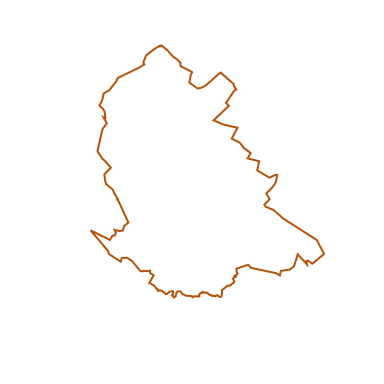 outline of Nácori Chico, Sonora, Mexico, rotated 318°
{"feature_id": "50627088B84390839219422", "entity_name": "Nácori Chico", "entity_type": "district", "adm_level": 2, "iso_a3": "MEX", "parent_name": "Mexico", "parent_adm1": "Sonora", "projection": "natural_earth1", "projection_center": [-109.021, 29.616], "detail": "fine", "context": "isolated", "style": "outline", "palette": "amber", "viewbox_px": 384, "rotation_deg": 318, "n_neighbors": 0, "source": "geoboundaries", "source_scale": "gbopen_adm2", "svg_char_len": 5054}
<svg xmlns="http://www.w3.org/2000/svg" viewBox="0 0 384 384"><g transform="rotate(318 192 192)"><path d="M265.5,61.7L260.8,60.7L253.4,60.0L249.2,59.8L242.3,63.3L242.0,65.3L236.0,64.2L213.2,57.6L209.9,59.0L198.8,61.0L192.3,59.7L187.0,63.5L181.1,65.8L180.9,67.1L181.5,70.0L180.9,73.8L177.1,79.1L176.6,78.7L176.2,77.5L174.6,84.1L168.0,85.2L163.0,88.5L149.0,98.5L147.7,106.8L147.6,107.6L147.7,108.1L148.1,110.3L148.0,119.6L147.7,119.7L138.7,120.2L134.4,126.5L133.5,128.9L134.7,137.3L133.7,140.2L133.2,141.9L133.3,141.9L132.0,147.5L131.5,147.3L131.4,147.5L132.0,147.7L131.3,149.6L124.3,172.1L118.9,171.8L115.0,174.4L111.9,172.5L109.2,168.4L108.1,171.4L105.6,172.7L103.7,171.2L98.9,172.7L91.0,152.7L90.2,179.3L88.8,182.7L92.4,196.1L95.7,193.9L99.7,197.5L101.3,203.2L100.7,216.5L108.1,222.4L106.6,224.3L107.7,228.1L99.3,231.2L99.4,231.3L99.6,231.4L99.9,231.5L100.0,231.5L100.1,232.5L100.1,233.0L100.2,233.4L100.3,233.6L100.4,233.8L100.5,234.0L100.6,234.4L100.6,234.6L100.7,234.8L100.8,235.1L100.9,235.3L101.1,235.9L101.2,236.5L101.2,236.8L101.3,237.0L101.2,237.5L101.1,238.6L101.0,239.1L101.0,239.3L101.0,239.6L101.0,239.9L101.1,240.2L101.2,240.5L101.5,241.1L101.5,241.3L101.4,241.4L101.4,241.5L100.9,241.6L100.6,241.8L100.6,242.4L100.7,242.7L100.9,243.1L101.3,243.3L101.5,243.4L102.0,243.5L102.5,243.8L102.6,244.2L102.8,244.4L103.0,244.6L103.4,245.1L103.5,245.2L103.6,245.3L103.7,245.8L103.5,246.1L103.5,246.3L103.6,246.8L103.8,247.6L104.0,247.9L104.2,248.0L104.3,248.2L104.4,248.5L104.3,248.8L104.2,249.3L104.1,249.7L104.1,250.0L104.2,250.4L104.6,250.7L105.2,251.1L106.0,251.1L106.7,251.0L107.7,251.0L108.2,251.0L108.4,251.0L108.5,251.0L109.3,251.5L109.6,251.7L109.8,251.9L109.9,252.0L110.2,252.1L110.6,252.1L110.9,252.2L111.3,252.6L111.4,252.8L111.3,253.0L111.2,253.4L111.1,253.7L111.0,254.1L110.9,254.2L110.8,254.3L110.6,254.4L109.8,254.7L109.2,255.0L108.5,255.2L108.3,255.2L107.9,255.4L107.9,255.5L108.0,255.6L108.4,255.8L108.4,256.3L108.3,256.7L108.1,257.0L108.1,257.3L108.1,257.6L108.2,257.8L108.1,258.0L108.0,258.3L108.3,258.4L108.6,258.4L108.8,258.4L109.3,258.3L109.5,258.5L110.2,258.5L110.3,258.5L110.6,258.2L110.8,257.9L111.1,257.5L111.5,257.5L112.0,257.4L112.3,257.2L112.6,256.9L113.0,256.5L113.9,256.3L114.3,256.2L114.7,256.4L114.9,256.5L115.2,256.5L115.3,256.5L115.6,256.8L115.9,257.1L116.2,257.4L116.4,257.6L116.6,257.8L116.8,257.9L116.9,258.1L116.9,258.3L116.9,258.5L116.8,258.9L116.8,259.7L116.8,260.4L116.8,261.4L116.8,261.7L116.8,261.8L116.9,262.3L117.3,262.9L117.5,263.4L117.6,263.6L117.6,263.8L117.6,264.0L117.6,264.3L118.0,264.9L118.4,265.3L121.3,268.3L121.5,268.4L121.7,268.5L121.8,268.7L122.0,269.0L122.1,269.4L122.2,269.6L122.2,269.8L122.0,270.1L121.9,270.2L121.9,270.3L121.9,270.5L122.0,270.5L122.5,270.8L123.0,270.8L123.5,270.8L123.9,271.0L124.3,271.2L124.3,271.3L124.4,271.7L124.5,271.8L125.5,272.4L125.7,272.5L125.9,272.7L126.0,272.8L126.1,273.0L126.1,273.3L126.5,274.0L126.8,274.2L127.4,274.2L127.6,274.2L127.8,274.2L127.8,273.9L128.1,273.6L128.3,273.5L129.1,272.8L129.3,272.7L129.6,272.7L130.6,273.1L131.1,272.9L131.3,273.0L131.5,273.3L131.5,273.6L131.7,273.8L131.8,273.8L132.1,273.8L132.8,273.5L133.2,273.4L133.3,273.4L133.5,273.8L133.6,274.0L133.8,274.4L133.8,274.6L133.9,275.1L134.0,275.2L134.2,275.4L134.5,275.6L134.5,275.9L134.6,276.0L135.5,276.6L135.6,276.8L135.8,277.0L136.0,277.3L136.0,277.7L135.9,278.0L136.0,278.8L136.1,279.5L136.5,280.6L137.2,281.8L137.5,282.0L137.5,282.3L137.4,282.7L137.4,282.8L137.4,283.0L137.6,283.1L138.1,283.3L138.3,283.3L138.5,283.4L138.6,283.6L138.8,283.8L139.0,284.0L139.2,284.4L139.4,284.7L139.5,285.0L140.4,285.1L140.7,285.2L140.9,285.2L141.1,285.3L141.2,285.5L141.3,285.6L141.8,285.7L142.0,286.0L142.1,286.4L142.1,286.7L142.1,287.0L142.0,287.5L142.1,287.8L142.2,288.1L142.5,288.6L143.1,288.9L143.3,289.2L143.4,289.3L143.5,289.3L143.9,289.2L144.0,289.2L145.2,288.4L146.4,287.4L147.6,286.2L148.7,284.9L153.7,285.4L155.2,285.1L158.0,287.1L163.5,287.1L164.4,283.7L167.7,284.2L167.2,282.9L171.1,283.2L171.8,281.3L173.6,278.7L185.0,283.7L185.1,287.9L200.0,308.4L201.5,312.8L205.3,310.1L213.1,315.2L218.3,315.4L228.9,309.0L229.0,322.8L230.9,319.8L232.3,320.7L233.4,325.8L248.7,326.4L252.6,311.0L241.8,272.0L241.9,271.3L240.6,260.0L236.9,252.2L237.3,249.8L244.8,249.3L246.3,242.8L253.4,242.4L253.8,242.4L254.3,242.3L255.3,242.1L256.5,241.9L257.7,241.6L259.2,241.3L260.7,240.9L261.3,240.4L263.2,239.1L266.7,236.2L266.3,235.7L265.0,235.0L263.0,234.3L262.0,233.9L261.2,233.8L260.3,233.7L259.5,233.3L259.2,233.1L259.0,232.8L254.9,219.5L262.5,214.1L255.8,204.2L261.6,202.3L260.0,194.0L260.5,187.4L257.2,179.0L258.2,178.6L268.8,174.7L260.3,162.6L256.8,154.8L255.9,153.2L277.0,152.6L276.9,148.5L291.2,145.0L293.4,145.5L294.2,141.1L295.2,139.6L293.2,122.4L290.8,122.2L274.1,122.0L272.2,121.7L268.7,120.7L267.0,119.8L265.7,118.9L265.2,118.4L265.0,117.0L264.4,113.9L263.2,109.4L263.3,108.9L263.6,108.5L269.8,103.9L271.9,103.4L272.3,102.7L267.7,90.7L269.9,88.3L269.8,84.2L268.5,78.7L268.6,70.2L267.3,62.8L265.6,62.5L265.5,62.1L265.4,61.8L265.5,61.7Z" fill="none" stroke="#b45309" stroke-width="2"/></g></svg>